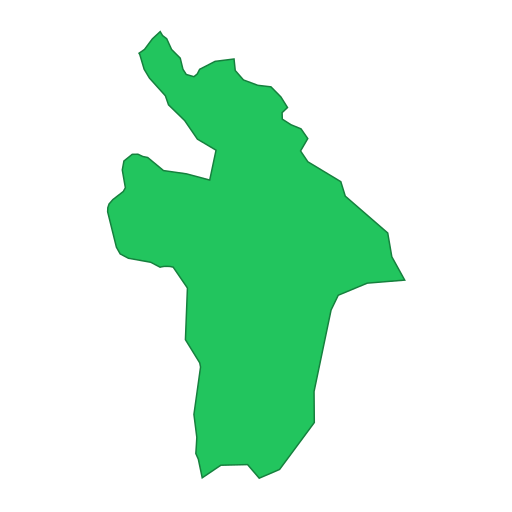 map outline of Nógrád (Mercator projection), rotated 271°
{"feature_id": "HUN-3166", "entity_name": "Nógrád", "entity_type": "County", "adm_level": 1, "iso_a3": "HUN", "parent_name": "Hungary", "parent_adm1": "", "projection": "mercator", "projection_center": [19.65, 47.967], "detail": "fine", "context": "isolated", "style": "filled", "palette": "green", "viewbox_px": 512, "rotation_deg": 271, "n_neighbors": 0, "source": "natural_earth", "source_scale": "10m", "svg_char_len": 1228}
<svg xmlns="http://www.w3.org/2000/svg" viewBox="0 0 512 512"><g transform="rotate(271 256 256)"><path d="M405.6,165.9L414.6,162.6L432.0,146.4L440.8,140.9L455.4,136.3L456.7,135.5L460.6,140.9L471.3,148.6L478.7,156.3L474.8,158.7L471.7,162.9L461.0,168.0L452.5,176.8L441.4,179.7L436.3,183.1L434.2,190.8L437.0,194.1L441.7,196.4L449.9,211.7L452.6,230.6L441.1,232.0L431.8,240.4L426.7,254.8L425.4,268.0L415.5,278.1L405.0,284.9L399.8,279.6L393.3,279.9L387.9,288.6L383.9,298.8L374.3,305.7L361.8,298.7L351.1,306.2L331.8,339.5L317.4,344.2L281.3,387.3L257.6,391.8L234.5,405.1L230.8,367.7L218.2,338.9L203.3,332.0L121.5,316.4L90.5,317.2L43.0,283.3L33.9,263.1L47.3,251.2L46.2,224.5L33.3,206.1L51.8,201.9L57.4,199.3L66.0,199.7L73.6,200.0L96.5,196.7L144.0,202.5L148.2,201.6L171.1,186.9L222.8,188.0L243.4,173.4L244.0,170.4L244.1,167.4L244.0,164.3L243.4,161.1L243.2,160.7L243.2,160.4L243.2,160.1L243.4,159.8L247.9,150.8L251.5,128.5L255.7,120.2L262.3,116.3L297.6,106.9L301.7,107.0L305.5,108.2L309.9,111.9L318.2,122.2L322.0,124.2L339.7,120.8L348.7,122.3L355.5,130.5L355.7,136.2L353.5,141.1L352.6,146.0L339.8,162.0L336.9,185.2L331.1,208.4L361.1,214.2L371.8,195.4L390.2,182.3L405.6,165.9Z" fill="#22c55e" stroke="#15803d" stroke-width="1.5"/></g></svg>